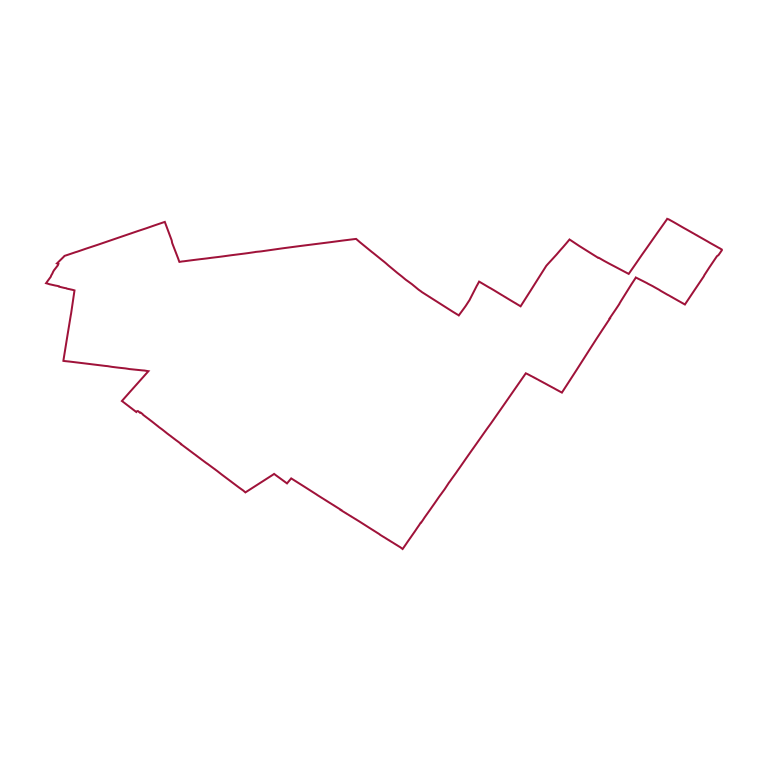 the district of Garbovi, Ialomita, Romania
{"feature_id": "2599482B59574736363397", "entity_name": "Garbovi", "entity_type": "district", "adm_level": 2, "iso_a3": "ROU", "parent_name": "Romania", "parent_adm1": "Ialomita", "projection": "natural_earth1", "projection_center": [26.782, 44.778], "detail": "fine", "context": "isolated", "style": "outline", "palette": "rose", "viewbox_px": 768, "rotation_deg": 0, "n_neighbors": 0, "source": "geoboundaries", "source_scale": "gbopen_adm2", "svg_char_len": 4042}
<svg xmlns="http://www.w3.org/2000/svg" viewBox="0 0 768 768"><path d="M402.6,549.0L402.9,548.6L404.8,545.9L407.8,541.5L415.0,531.2L417.5,527.5L419.1,525.2L420.7,522.7L421.0,522.8L422.8,520.2L424.7,517.3L427.2,513.8L430.4,509.3L432.0,507.0L435.1,502.6L438.6,497.5L440.1,495.4L441.1,494.1L442.1,492.7L444.6,489.3L448.2,483.8L448.9,482.7L449.7,481.7L451.6,479.0L456.6,472.1L456.9,471.6L460.5,466.5L465.7,459.0L471.8,450.3L476.0,444.4L483.6,433.6L486.5,429.5L488.3,427.0L491.0,423.3L495.4,417.0L501.2,408.7L506.9,400.5L525.8,373.3L528.1,374.4L536.6,378.9L561.9,392.6L576.3,370.4L590.4,348.3L596.7,338.5L602.4,329.8L609.9,318.5L609.6,318.4L615.6,309.6L619.4,303.9L619.4,303.7L620.7,301.5L622.0,299.4L622.7,298.3L631.5,284.2L635.5,278.1L635.8,277.5L636.8,278.0L637.4,278.3L642.4,280.8L647.3,283.3L647.9,283.7L652.6,286.1L654.5,287.2L659.7,290.1L660.3,290.6L667.8,294.9L668.1,295.0L684.9,304.5L694.4,290.3L703.9,276.2L704.2,275.4L709.1,267.8L716.8,256.4L717.3,255.9L718.4,255.2L719.9,253.1L721.4,250.9L721.9,250.2L721.9,249.8L721.8,249.5L721.2,249.2L720.1,248.5L718.4,247.6L716.3,246.4L712.9,244.5L710.2,243.0L708.5,242.0L707.5,241.4L697.8,235.9L686.2,229.3L684.2,228.2L679.5,225.5L676.6,223.8L673.8,222.2L672.2,221.3L670.9,220.6L669.5,219.8L668.9,219.5L668.6,219.3L668.3,219.2L668.1,219.2L667.7,219.1L667.3,219.2L667.1,219.0L666.8,219.5L663.5,224.2L657.4,232.8L653.6,238.2L647.1,247.5L642.0,254.7L635.4,264.3L628.7,273.9L614.5,266.4L609.9,264.0L604.0,260.8L600.2,258.6L599.7,258.3L598.6,257.7L598.2,257.9L597.5,257.4L595.1,255.9L589.2,252.2L581.4,247.3L579.3,246.0L570.6,240.2L570.2,240.0L569.5,239.5L566.5,243.1L562.8,247.4L560.8,249.6L556.6,254.5L552.4,259.1L547.8,264.1L546.3,265.8L539.7,276.2L530.8,290.3L520.6,306.3L510.2,300.1L499.6,293.7L493.7,290.1L491.3,288.7L491.0,288.5L488.8,287.3L480.0,282.1L479.1,281.6L477.4,284.8L476.9,285.6L469.3,300.5L468.9,301.0L465.8,305.8L464.3,307.9L460.1,313.6L458.8,315.4L458.3,315.0L457.5,314.6L452.6,311.6L421.6,291.9L421.2,291.5L418.9,289.9L418.0,289.2L415.6,287.2L412.8,284.9L412.1,284.3L408.8,281.9L405.6,279.6L401.9,276.5L397.2,272.8L392.3,268.7L388.3,265.4L386.2,263.5L384.3,261.9L381.4,259.6L372.6,252.5L372.4,252.4L361.5,243.5L359.9,242.2L356.1,238.9L343.1,240.5L330.3,242.2L301.0,245.9L282.7,248.3L271.5,249.9L261.0,251.4L255.7,251.9L254.8,252.1L248.0,253.1L245.0,253.5L236.3,254.6L231.5,255.2L222.8,256.4L218.1,257.0L211.4,257.8L207.0,258.4L201.9,259.0L200.1,259.2L191.3,260.3L183.7,261.3L182.5,261.4L179.4,261.9L179.3,261.7L178.7,260.1L178.3,258.9L175.8,252.4L172.4,243.6L172.1,242.7L171.7,240.4L164.8,221.9L154.2,225.5L146.2,228.3L138.3,230.9L119.0,237.5L97.7,244.8L85.9,248.7L77.2,251.7L75.8,252.1L69.3,254.3L64.5,255.9L63.7,256.8L57.0,263.4L58.4,263.9L57.8,265.4L53.9,270.4L53.0,272.0L52.6,273.0L52.1,274.0L51.6,274.8L51.1,275.7L50.8,276.7L47.2,281.6L46.1,283.2L47.9,283.7L49.7,284.3L50.3,284.4L55.6,285.6L57.4,285.9L58.1,286.1L58.9,286.2L59.2,286.4L59.2,286.7L64.2,287.9L66.4,288.3L66.8,288.6L69.1,289.1L69.8,289.2L70.4,289.4L71.0,289.5L72.8,289.9L74.5,290.4L71.0,314.2L70.9,314.5L67.1,337.6L63.4,360.6L63.4,360.9L65.0,361.1L69.8,361.6L84.7,363.4L105.1,365.9L108.1,366.2L108.5,366.3L112.2,366.9L118.8,367.7L125.4,368.4L129.7,369.1L130.8,369.2L136.7,369.8L142.6,370.4L144.2,370.5L148.4,371.2L130.2,391.6L128.7,393.3L121.9,401.0L136.3,412.0L136.9,411.3L137.2,411.2L137.4,411.1L137.7,411.1L137.9,411.1L138.2,411.2L138.4,411.4L138.6,411.6L140.1,412.8L140.5,412.5L140.8,412.7L142.5,414.0L143.1,414.8L152.7,422.1L159.2,427.3L159.9,427.8L160.3,428.1L162.1,429.4L167.1,433.4L176.2,440.3L176.5,440.5L178.4,441.9L181.3,444.1L181.3,444.3L181.2,444.4L182.3,445.1L191.0,451.6L202.2,460.0L206.9,463.5L207.1,463.5L208.8,464.8L217.2,471.0L221.4,474.3L238.7,487.3L243.2,490.5L245.4,492.4L273.0,474.7L274.1,473.9L276.2,475.5L279.8,478.1L287.0,483.4L291.2,478.4L303.9,486.4L316.9,494.7L317.1,494.9L328.7,502.2L340.4,509.5L340.5,509.6L340.8,509.8L341.0,509.9L340.8,510.1L359.1,521.3L369.3,527.8L379.6,534.3L380.1,534.8L400.2,547.2L400.4,547.3L402.6,549.0Z" fill="none" stroke="#9f1239" stroke-width="2"/></svg>